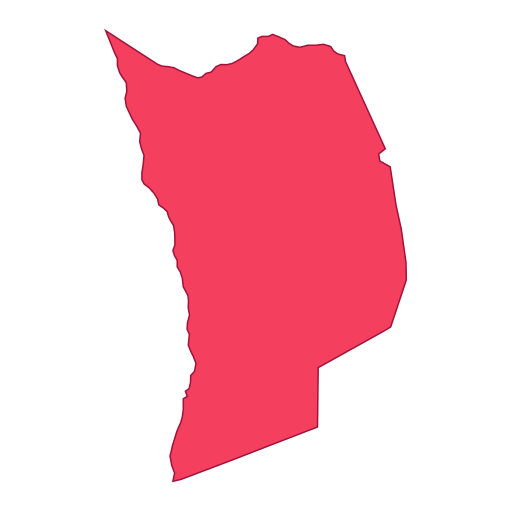 the district of Aramari, Bahia, Brazil
{"feature_id": "56859067B32127453962752", "entity_name": "Aramari", "entity_type": "district", "adm_level": 2, "iso_a3": "BRA", "parent_name": "Brazil", "parent_adm1": "Bahia", "projection": "robinson", "projection_center": [-38.561, -12.063], "detail": "fine", "context": "isolated", "style": "filled", "palette": "rose", "viewbox_px": 512, "rotation_deg": 0, "n_neighbors": 0, "source": "geoboundaries", "source_scale": "gbopen_adm2", "svg_char_len": 1585}
<svg xmlns="http://www.w3.org/2000/svg" viewBox="0 0 512 512"><path d="M105.7,30.7L114.8,53.3L117.4,58.5L117.4,65.6L119.6,72.6L122.0,76.7L126.3,82.7L126.8,91.5L125.1,98.1L126.3,106.3L129.8,113.8L132.4,119.3L136.5,125.8L140.5,133.2L139.7,141.7L141.6,149.0L144.0,155.3L143.1,165.2L141.9,172.5L141.9,179.8L144.3,184.2L149.2,187.8L154.0,193.2L157.6,199.0L158.8,204.9L163.6,208.2L167.2,211.7L168.6,216.7L170.8,221.1L173.5,225.4L174.6,232.2L174.9,238.2L174.9,245.0L172.9,250.5L174.4,255.4L177.2,260.4L177.2,266.9L180.2,271.8L182.3,278.1L183.3,286.9L188.0,295.6L188.5,301.5L188.2,307.6L189.5,315.1L187.4,323.0L187.1,329.4L189.4,334.3L188.8,339.7L188.3,345.2L190.7,351.2L193.3,356.4L196.0,363.4L194.5,371.4L190.7,375.5L190.5,382.5L189.1,388.6L185.4,391.3L187.3,396.5L183.3,398.7L183.3,404.3L183.3,409.5L182.3,416.9L180.7,422.7L178.4,427.6L176.6,432.2L174.7,438.4L172.3,446.1L171.3,451.0L170.0,456.0L171.7,465.2L174.6,473.1L172.9,481.3L181.0,479.4L234.0,459.3L271.3,444.8L317.5,427.0L318.2,367.6L383.6,331.2L390.7,326.9L406.3,280.0L406.0,262.5L401.3,229.3L396.0,205.0L390.2,166.8L379.8,161.0L378.7,154.0L385.3,148.8L345.5,61.5L344.6,55.7L337.6,53.9L333.5,50.8L330.7,46.5L323.5,44.3L316.3,45.2L308.0,45.2L299.8,47.3L293.1,45.9L289.0,43.3L285.0,39.6L278.0,36.5L272.7,34.4L268.4,36.4L262.0,36.4L257.9,38.1L257.5,44.0L253.1,50.0L249.3,53.4L244.8,56.0L238.1,60.4L232.1,63.5L226.8,64.7L220.9,64.5L216.1,66.6L211.2,72.1L205.9,73.4L201.9,77.1L197.4,77.8L192.3,75.9L185.1,72.9L178.9,70.3L173.9,67.7L167.7,66.6L162.0,66.1L157.4,64.2L105.7,30.7Z" fill="#f43f5e" stroke="#9f1239" stroke-width="1.5"/></svg>